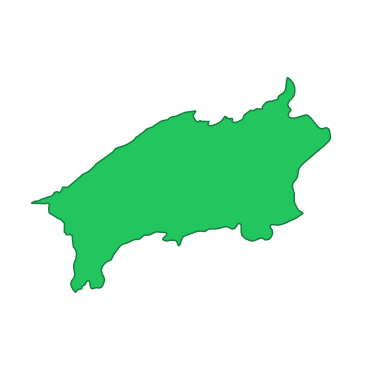 the Region of Coquimbo, rotated 63°
{"feature_id": "CHL-2697", "entity_name": "Coquimbo", "entity_type": "Region", "adm_level": 1, "iso_a3": "CHL", "parent_name": "Chile", "parent_adm1": "", "projection": "mercator", "projection_center": [-70.868, -30.645], "detail": "fine", "context": "isolated", "style": "filled", "palette": "green", "viewbox_px": 384, "rotation_deg": 63, "n_neighbors": 0, "source": "natural_earth", "source_scale": "10m", "svg_char_len": 4502}
<svg xmlns="http://www.w3.org/2000/svg" viewBox="0 0 384 384"><g transform="rotate(63 192 192)"><path d="M261.4,102.8L262.5,111.1L262.0,123.7L261.5,127.3L260.4,130.7L257.6,135.0L257.2,136.3L257.8,137.9L259.1,138.3L262.3,137.8L265.4,138.9L267.9,141.5L269.1,144.8L268.0,148.4L267.3,149.0L265.7,149.7L264.9,150.4L264.6,151.2L264.3,152.1L263.9,153.8L263.8,157.4L263.6,159.1L262.8,160.8L260.7,163.2L258.5,165.1L256.0,166.3L253.1,167.2L250.3,166.4L243.5,163.1L241.3,164.1L241.3,165.8L243.4,169.2L243.8,171.2L243.2,173.1L242.1,174.1L240.8,174.8L239.4,175.7L237.8,178.4L236.3,185.7L235.0,189.0L233.4,192.0L232.9,193.5L232.6,195.4L232.7,196.6L232.9,197.5L232.9,198.5L232.4,199.7L231.0,201.6L230.5,202.3L229.4,205.7L227.7,218.8L228.1,220.5L228.9,222.0L230.3,223.6L232.6,225.7L233.6,227.0L233.7,228.2L232.7,228.5L229.2,228.0L227.7,228.7L225.8,231.7L225.0,233.6L224.3,236.4L223.3,237.9L222.0,239.1L220.8,239.5L219.8,238.3L219.4,236.1L218.8,234.1L217.2,233.3L216.2,234.0L211.6,241.3L211.1,242.8L211.0,244.7L211.0,248.4L210.7,250.1L208.9,253.9L209.0,255.7L209.6,257.5L210.1,259.6L209.8,261.4L208.4,264.4L208.1,266.2L208.1,269.7L207.9,273.3L207.0,277.5L207.2,279.3L208.0,281.6L212.3,290.5L214.8,293.4L215.7,295.0L215.5,299.1L215.9,301.4L216.6,303.6L217.5,305.4L220.4,308.4L223.2,309.2L226.3,309.1L229.9,309.6L231.3,310.5L233.0,312.0L234.6,313.8L235.5,315.4L235.7,317.3L235.3,318.5L234.4,319.7L233.6,321.1L233.0,324.7L232.2,325.5L230.1,325.6L226.7,324.2L224.9,323.9L223.8,325.0L223.6,326.1L224.0,327.0L225.4,328.5L225.9,329.3L226.1,330.1L226.0,332.0L226.4,332.9L227.8,333.9L228.1,334.6L227.9,335.5L227.4,337.1L227.2,337.9L227.4,339.1L228.4,341.2L228.4,341.3L224.3,342.4L220.7,342.2L219.1,341.8L217.7,340.9L216.4,339.3L214.8,336.2L213.7,334.8L211.4,333.5L206.1,331.9L202.6,330.0L198.8,325.8L196.4,324.0L194.5,322.9L192.2,322.2L190.5,322.1L188.7,322.2L187.0,322.6L178.6,319.5L176.8,318.5L174.6,319.8L173.1,323.3L171.3,323.3L169.8,324.0L162.1,319.9L158.6,320.7L156.7,321.5L155.2,323.0L147.5,327.7L145.7,328.7L140.9,326.9L138.7,324.7L136.7,325.2L135.8,328.0L129.3,339.7L128.9,339.7L129.0,336.5L129.2,335.4L130.2,333.2L130.2,329.1L131.8,318.8L131.5,317.3L130.8,316.3L130.3,315.3L130.1,314.2L130.2,312.9L130.6,312.0L131.3,311.3L132.0,310.8L132.4,310.3L131.9,308.4L129.2,305.3L129.3,304.0L130.7,302.3L131.3,300.7L131.2,299.3L127.3,283.2L126.7,281.6L126.8,274.6L124.8,267.4L123.6,265.1L120.4,244.1L118.8,241.0L118.7,239.2L119.9,231.3L120.1,226.9L119.7,222.4L118.9,218.7L118.5,218.1L118.1,217.6L117.9,217.0L117.7,214.8L117.3,212.9L116.9,209.7L115.4,203.6L116.1,196.9L115.8,195.8L114.9,187.9L115.2,185.9L116.5,181.3L116.3,179.8L115.8,177.8L116.1,175.6L117.2,172.2L117.9,162.0L121.0,153.4L121.1,152.4L121.4,152.1L122.0,152.3L122.5,152.9L123.5,155.6L125.3,156.5L127.3,156.7L129.0,156.5L131.0,155.9L132.0,155.3L132.4,154.3L132.2,153.3L131.9,152.6L132.1,152.2L133.2,152.1L133.6,151.0L136.9,144.9L138.0,146.0L138.7,147.0L139.5,147.3L140.8,146.2L141.6,144.9L142.1,143.5L142.5,140.3L142.6,136.9L142.1,133.8L141.1,131.1L139.6,128.7L140.1,127.8L140.6,127.4L141.2,127.4L141.9,128.0L142.0,127.2L142.3,126.6L142.7,126.2L144.1,125.8L144.1,125.3L143.9,124.7L144.1,124.1L144.4,123.6L144.5,123.2L144.7,122.9L145.6,122.8L145.9,123.0L146.7,123.9L147.3,124.1L149.1,123.2L150.0,121.0L150.3,118.1L150.3,115.3L150.1,113.9L149.5,112.9L147.8,111.4L147.3,110.5L146.9,109.3L145.9,103.7L146.0,102.1L146.7,101.4L147.2,100.8L147.4,99.4L147.4,97.8L147.0,96.9L149.1,93.8L149.9,91.9L149.0,91.1L147.9,90.4L147.0,88.6L146.2,86.4L145.9,84.6L146.1,82.6L147.3,79.5L147.7,76.9L148.0,75.9L148.3,74.8L148.1,73.6L147.7,72.9L146.4,71.9L145.9,71.0L145.5,68.7L145.4,66.8L145.0,64.9L143.9,62.9L142.6,61.7L135.0,56.6L133.5,55.1L133.6,54.9L136.4,53.4L141.3,52.5L143.6,52.7L145.8,53.2L149.0,54.7L150.5,55.7L151.8,56.8L152.8,58.0L153.5,59.3L154.9,63.5L155.8,65.1L157.1,66.7L158.5,67.3L159.9,67.3L162.4,66.6L163.3,66.5L163.9,66.7L164.4,67.2L164.7,67.9L164.9,68.6L165.2,69.4L165.9,70.3L167.4,71.5L169.2,71.4L170.6,70.6L171.7,69.1L172.9,66.4L173.4,64.4L174.8,56.5L175.2,55.4L175.6,54.6L177.4,53.5L180.3,52.5L190.4,50.4L193.0,49.4L194.2,48.2L194.9,46.9L195.3,45.4L195.4,44.2L195.7,43.2L196.3,42.5L197.5,41.8L198.8,41.6L200.4,41.8L205.9,43.7L207.3,44.7L208.5,46.2L210.3,51.8L217.0,79.8L218.2,83.2L219.2,85.2L220.8,87.3L226.1,91.0L227.1,92.1L227.9,93.5L229.4,97.0L230.8,98.8L233.1,100.2L240.0,101.7L241.9,102.6L244.3,104.0L246.4,105.0L248.3,105.5L255.3,105.6L256.0,105.5L256.9,105.1L259.7,103.5L261.3,102.8L261.4,102.8Z" fill="#22c55e" stroke="#15803d" stroke-width="1.5"/></g></svg>